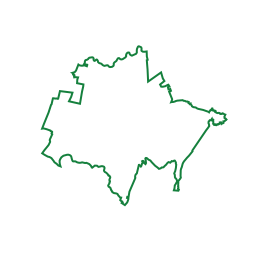 Gura Ocnitei, Dâmbovita, Romania, rotated 136°
{"feature_id": "2599482B41212153324828", "entity_name": "Gura Ocnitei", "entity_type": "district", "adm_level": 2, "iso_a3": "ROU", "parent_name": "Romania", "parent_adm1": "Dâmbovita", "projection": "robinson", "projection_center": [25.584, 44.936], "detail": "fine", "context": "isolated", "style": "outline", "palette": "green", "viewbox_px": 256, "rotation_deg": 136, "n_neighbors": 0, "source": "geoboundaries", "source_scale": "gbopen_adm2", "svg_char_len": 5682}
<svg xmlns="http://www.w3.org/2000/svg" viewBox="0 0 256 256"><g transform="rotate(136 128 128)"><path d="M111.8,206.3L112.7,205.9L113.8,204.9L115.2,204.5L114.5,203.3L113.4,201.9L113.4,201.7L114.7,201.0L115.8,203.3L117.8,204.7L118.7,205.8L119.4,206.9L119.6,208.1L125.5,205.4L127.5,205.2L129.7,206.3L129.4,205.2L130.1,204.8L130.4,204.6L130.4,204.3L130.3,204.0L129.9,204.1L129.8,203.2L130.0,203.0L130.9,202.7L131.5,201.8L130.5,201.1L128.8,199.1L130.9,198.0L133.5,195.6L129.8,190.3L131.2,189.1L135.8,186.1L145.7,178.8L151.9,188.2L147.2,189.9L143.4,192.0L151.3,201.8L157.9,197.6L158.2,197.7L159.0,199.0L159.8,199.6L161.0,201.2L161.4,201.5L166.6,198.1L167.3,198.1L174.4,194.3L185.5,189.4L190.2,187.2L189.2,186.5L188.6,185.7L187.4,183.7L185.6,180.1L185.8,179.6L185.3,178.7L185.2,178.0L185.7,177.5L186.7,177.3L187.0,176.7L186.9,176.1L192.2,174.0L192.8,173.6L193.1,172.8L193.7,172.1L197.0,170.9L203.6,170.1L207.3,169.4L206.6,166.5L205.6,163.2L204.6,161.6L204.0,159.6L204.4,155.8L204.7,154.5L204.2,151.7L204.2,149.4L203.2,147.3L202.3,149.1L201.1,150.7L199.9,152.0L198.2,152.7L196.3,153.2L193.7,152.9L190.6,151.2L189.6,150.4L189.0,149.5L188.6,148.5L188.5,147.6L188.9,146.4L189.5,145.5L190.4,143.8L190.8,142.5L190.4,141.8L189.2,140.8L188.7,139.7L188.5,138.8L187.8,137.6L186.9,136.5L185.9,135.7L184.9,135.2L183.2,132.6L182.1,131.8L181.2,129.7L180.9,128.8L180.9,126.7L181.2,125.4L181.5,124.8L181.3,124.3L178.0,124.0L176.5,122.4L176.3,120.6L175.3,119.9L173.8,119.1L173.1,118.5L172.3,117.2L172.2,116.6L172.4,115.9L172.8,115.4L174.7,114.2L175.1,113.5L175.2,112.6L174.7,110.8L174.7,108.4L175.1,107.7L175.1,107.3L174.6,106.9L174.5,106.6L174.8,106.3L174.8,105.2L175.3,104.6L177.2,103.8L178.0,102.9L177.9,102.3L178.5,101.8L179.2,101.7L179.6,101.2L182.2,100.4L182.6,99.6L182.7,99.1L182.3,98.3L182.3,96.9L182.7,96.4L182.8,95.7L183.2,95.3L183.2,94.3L183.6,93.7L183.5,93.2L183.8,92.7L183.3,90.9L182.5,89.9L181.8,88.9L181.4,87.9L181.9,85.8L181.8,85.1L182.0,83.6L181.3,82.7L183.7,81.5L183.6,79.5L183.3,79.4L183.2,79.1L183.4,78.8L183.5,78.2L184.6,78.3L183.8,74.7L180.4,75.0L179.4,75.4L177.3,76.5L176.3,77.4L177.2,78.4L176.3,79.0L175.4,78.1L171.2,81.2L157.6,86.9L157.3,87.1L157.2,87.5L156.5,88.2L155.5,88.9L154.6,89.2L153.2,89.2L145.8,93.9L145.6,93.8L145.4,92.1L145.5,91.3L145.1,91.3L142.5,92.7L141.6,92.8L141.2,93.2L140.9,94.3L140.4,94.2L140.0,93.8L139.9,93.1L140.8,91.9L140.5,89.9L139.3,90.3L138.9,91.0L138.0,92.0L136.7,94.0L136.2,94.1L135.9,94.0L135.4,93.3L135.2,90.9L134.5,89.1L134.7,86.8L134.7,82.0L134.2,78.9L134.1,77.1L132.5,76.3L131.2,76.2L130.3,75.4L129.7,75.1L127.9,75.2L125.9,75.1L124.6,75.4L123.1,75.4L122.4,75.2L121.7,73.7L119.5,73.8L118.9,72.8L117.5,72.5L117.3,72.4L117.0,72.0L117.2,71.0L117.6,69.8L118.4,69.1L118.7,68.2L121.3,66.0L124.0,64.2L125.5,63.6L126.4,63.1L126.8,61.9L128.4,60.0L128.7,58.9L128.6,58.3L128.8,57.2L129.4,55.9L129.7,55.5L132.7,54.5L134.2,54.2L136.5,52.3L138.3,51.3L135.3,47.9L134.2,48.3L134.1,48.8L134.2,49.6L133.9,49.9L133.4,50.0L132.9,50.4L132.6,51.2L132.0,51.4L131.7,52.0L129.7,53.8L129.3,54.5L129.0,54.8L125.6,55.3L124.5,55.6L123.5,57.0L119.4,61.0L118.3,61.7L116.3,62.6L113.7,64.2L112.5,64.7L110.9,65.1L106.2,65.6L103.4,65.7L97.8,66.4L97.5,67.0L96.9,67.2L73.3,72.1L70.6,72.5L68.1,73.0L67.9,73.6L67.1,74.4L66.9,75.3L66.0,76.3L65.3,76.7L64.5,76.5L63.8,76.8L62.8,76.0L61.3,76.3L61.6,75.8L61.9,75.6L62.1,75.1L61.1,75.0L60.9,74.9L60.9,74.7L61.5,74.4L61.8,73.8L62.1,73.7L62.3,73.3L63.2,72.3L63.4,71.8L63.8,71.8L63.9,70.3L63.4,70.0L62.7,70.1L62.5,69.8L63.0,69.4L62.6,68.7L62.4,68.6L62.0,68.5L61.5,68.7L61.0,68.1L60.4,68.3L60.3,68.2L60.4,67.8L59.9,67.6L59.6,67.7L59.1,67.4L58.2,68.2L58.0,67.9L58.1,67.7L57.2,67.6L57.1,67.4L57.3,67.0L57.2,66.5L57.5,66.1L57.1,66.1L57.0,65.7L56.7,65.6L55.8,65.3L55.0,66.0L54.8,66.5L53.5,65.8L52.7,65.9L52.1,65.7L51.9,66.0L51.3,65.8L51.2,66.7L51.4,67.8L51.6,68.1L50.9,69.1L48.7,70.0L49.1,70.7L49.6,72.6L49.9,73.0L50.7,72.9L51.7,73.8L51.8,74.0L51.6,74.3L52.0,74.8L52.0,75.0L51.8,75.2L51.9,75.5L52.5,76.1L53.2,76.5L53.3,76.8L53.7,77.3L54.1,78.8L53.4,79.0L53.2,79.2L53.3,79.6L53.4,80.0L54.1,80.1L54.2,80.9L54.0,81.2L54.1,81.5L54.3,81.7L54.7,81.5L55.2,82.3L54.3,82.5L53.7,83.4L53.8,83.6L54.0,83.7L54.6,83.4L56.6,83.6L57.2,83.3L58.1,83.3L58.8,83.0L58.9,83.8L61.4,88.8L62.8,90.9L64.2,93.0L64.8,94.4L65.0,95.7L66.5,97.6L66.8,98.7L66.9,99.2L66.5,100.0L66.4,100.8L66.5,101.4L66.8,101.8L66.0,102.2L67.0,103.2L67.2,103.9L67.1,104.2L66.3,104.6L67.0,106.0L67.8,106.6L68.2,107.9L69.2,109.1L69.3,110.0L73.5,113.4L74.7,114.1L75.9,114.5L77.5,115.4L78.4,116.3L79.0,116.6L76.8,117.6L76.2,118.1L73.2,125.5L72.1,125.1L71.3,124.9L70.5,126.7L71.5,127.0L72.1,127.6L71.0,129.5L70.7,129.6L69.4,129.0L68.9,131.1L69.5,131.4L72.2,132.2L74.3,133.5L75.4,134.7L74.7,137.0L69.2,136.5L68.5,139.5L65.6,145.0L81.3,147.4L73.3,156.5L67.4,163.7L66.5,163.4L64.8,166.3L61.4,170.1L63.2,171.4L64.3,172.6L64.6,173.7L64.6,174.3L63.0,175.8L62.5,176.7L62.6,177.4L63.3,178.9L63.4,179.2L63.9,179.5L64.5,179.5L65.3,179.2L66.7,178.6L67.8,177.7L69.3,176.1L70.7,175.8L74.9,177.3L75.4,178.5L75.5,179.2L75.3,180.2L74.9,180.9L74.8,181.4L75.1,181.9L76.0,182.5L77.2,182.5L78.0,182.2L79.0,181.6L79.3,181.0L80.2,180.7L80.8,180.6L83.9,181.2L84.9,181.7L85.7,182.7L85.9,184.5L86.1,184.7L86.6,185.0L87.1,185.1L89.9,184.3L92.0,184.6L92.9,184.5L93.5,184.3L94.5,183.2L95.4,182.8L97.0,183.1L98.5,184.2L98.9,184.8L99.0,185.1L99.0,187.1L99.5,187.7L101.5,188.9L101.9,189.2L102.5,190.8L102.5,192.6L102.9,193.5L103.6,194.6L103.7,195.3L103.7,196.3L103.0,197.4L102.8,198.6L103.2,199.2L105.3,199.4L105.6,199.8L105.5,200.7L105.2,201.2L104.5,201.8L104.2,202.7L104.3,203.2L104.7,203.8L107.0,205.4L108.0,205.5L108.8,205.3L109.8,205.5L110.4,205.7L110.9,206.1L111.8,206.3Z" fill="none" stroke="#15803d" stroke-width="2"/></g></svg>